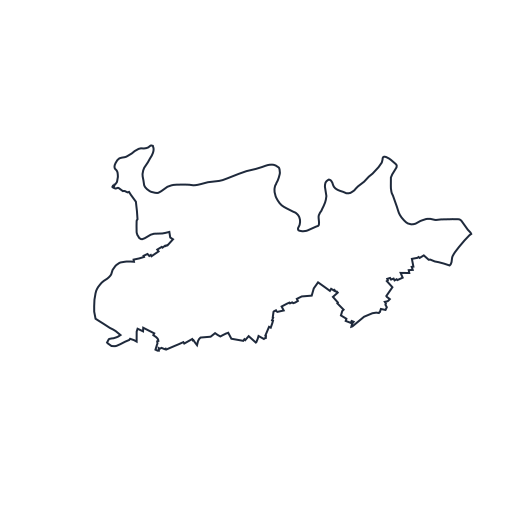 the district of Ung Hoa, Ha Noi, Vietnam, rotated 123°
{"feature_id": "81297802B95308085705563", "entity_name": "Ung Hoa", "entity_type": "district", "adm_level": 2, "iso_a3": "VNM", "parent_name": "Vietnam", "parent_adm1": "Ha Noi", "projection": "robinson", "projection_center": [105.789, 20.711], "detail": "fine", "context": "isolated", "style": "outline", "palette": "slate", "viewbox_px": 512, "rotation_deg": 123, "n_neighbors": 0, "source": "geoboundaries", "source_scale": "gbopen_adm2", "svg_char_len": 6148}
<svg xmlns="http://www.w3.org/2000/svg" viewBox="0 0 512 512"><g transform="rotate(123 256 256)"><path d="M120.3,87.5L119.8,88.3L119.4,89.3L118.6,92.7L114.6,102.9L114.4,104.3L114.5,105.0L114.7,105.9L118.1,111.3L119.5,113.3L124.5,120.7L127.8,124.7L128.3,125.7L129.9,130.0L131.5,132.5L132.5,133.6L135.5,136.0L137.1,137.2L142.0,139.8L143.6,141.3L144.8,142.9L145.2,143.9L146.0,146.4L146.0,148.5L145.5,151.2L144.9,153.3L144.4,155.0L143.2,157.7L142.0,159.7L140.5,161.6L138.1,164.5L130.8,174.0L129.4,176.3L128.3,177.5L125.8,179.7L123.6,181.2L116.7,185.6L113.4,186.2L105.6,186.4L104.9,186.5L103.6,187.2L103.3,187.5L102.9,188.4L102.7,189.3L101.9,195.3L101.8,197.5L102.1,200.6L102.5,201.8L102.9,202.6L103.5,203.0L104.1,203.2L105.1,203.0L106.2,202.4L108.2,201.7L109.2,201.4L114.8,201.6L123.4,203.1L128.0,204.6L134.8,205.8L142.1,208.4L145.0,209.0L147.4,209.3L149.4,210.1L151.7,211.2L153.2,212.8L154.2,214.5L154.7,217.7L155.6,221.0L156.0,223.1L156.1,224.2L156.1,226.2L155.5,228.4L154.5,230.0L152.9,232.0L152.1,233.7L151.9,234.3L151.9,235.3L152.2,236.5L153.1,237.0L154.8,237.6L156.4,237.7L157.1,237.5L158.7,236.9L160.4,235.9L167.4,229.6L170.7,228.1L173.5,227.2L177.3,226.5L180.7,226.1L182.4,225.8L184.8,225.9L187.6,225.5L188.8,225.0L190.0,224.2L193.4,221.5L195.3,220.4L196.1,220.2L196.9,220.3L198.6,221.6L206.5,226.7L207.6,227.6L209.7,230.1L210.1,230.8L211.1,233.2L211.3,234.3L211.1,234.8L210.5,235.5L209.7,235.9L206.5,236.3L205.6,236.6L203.8,237.4L202.7,238.1L201.6,238.9L200.0,240.7L199.4,241.6L198.6,243.5L198.2,245.8L198.2,246.8L198.6,249.0L199.4,256.5L199.6,259.5L199.5,262.2L198.8,265.1L198.4,266.0L197.6,268.0L196.1,270.8L195.2,272.1L192.3,275.2L190.2,276.7L189.1,277.3L187.0,278.1L186.2,278.3L185.0,278.3L183.9,278.6L180.8,278.9L177.8,279.6L174.7,280.6L173.3,281.2L170.7,283.3L169.9,284.2L169.5,284.8L169.4,285.3L169.4,288.8L169.9,290.8L170.7,292.4L172.0,294.2L173.4,295.7L175.2,297.2L178.1,299.4L183.0,303.5L190.0,310.2L196.5,315.2L206.6,322.4L210.5,325.3L213.1,327.8L220.3,336.5L225.6,341.3L228.0,343.6L229.6,345.4L230.8,347.0L232.6,350.8L234.4,353.8L239.1,361.0L241.4,364.0L242.8,365.4L246.2,368.0L253.1,370.7L254.5,371.4L256.1,372.3L256.6,372.7L257.3,373.8L258.0,375.2L259.3,378.9L259.5,380.5L259.3,383.9L258.7,386.3L258.1,387.5L257.5,388.4L253.9,391.6L251.1,394.3L249.1,395.8L245.7,397.2L242.9,397.8L236.3,397.7L232.1,398.0L228.6,398.1L225.6,398.6L223.8,399.2L222.6,399.8L221.6,400.5L220.9,401.2L220.3,402.0L219.8,402.5L220.4,404.2L221.2,404.7L223.6,405.5L225.2,406.7L226.9,408.6L227.8,410.2L228.5,411.3L230.1,412.8L234.1,414.9L237.6,416.0L242.5,418.4L243.7,419.1L244.7,420.0L246.5,422.0L247.8,423.2L248.6,423.8L250.7,424.4L251.5,424.5L254.4,424.4L256.3,424.1L257.7,423.6L258.7,422.9L259.2,422.4L259.6,421.8L260.1,419.7L260.7,418.5L261.5,417.5L263.2,416.1L264.9,414.9L268.9,413.2L270.0,412.9L271.7,413.0L272.6,413.1L273.2,413.7L273.9,413.7L274.2,413.1L274.9,413.0L275.1,414.2L276.2,414.1L276.4,413.9L276.4,412.8L276.0,410.7L275.4,410.0L274.2,409.1L273.9,408.6L273.8,407.8L274.1,403.0L273.4,402.2L273.1,401.6L272.9,400.9L272.8,399.6L272.5,398.2L271.4,397.4L272.8,394.4L275.9,386.3L283.2,380.3L289.7,375.4L291.1,375.4L291.8,375.1L295.8,372.6L300.6,369.4L301.5,368.7L303.0,366.9L303.9,364.8L304.3,364.4L304.5,363.5L304.5,361.8L303.9,360.6L301.7,359.0L295.5,355.9L292.9,353.7L288.1,346.8L285.9,344.5L283.0,341.8L287.0,338.2L287.2,337.9L287.2,334.7L295.2,336.0L295.2,336.4L296.9,337.2L296.8,337.8L299.9,339.0L299.7,340.0L304.4,342.3L305.2,340.2L313.1,343.5L312.4,344.8L314.1,345.5L313.4,348.1L317.1,350.4L317.8,349.4L321.6,352.6L325.7,356.7L327.3,355.2L328.9,358.1L331.1,361.5L332.2,362.8L335.1,366.0L336.2,366.8L337.9,367.5L339.6,368.2L341.0,368.5L345.7,368.7L347.2,368.3L350.0,367.5L351.2,367.4L352.2,367.5L353.9,367.8L356.0,368.4L359.8,370.1L362.4,370.9L364.6,371.2L367.8,371.5L370.0,371.4L372.1,371.1L374.6,370.3L380.6,367.7L386.2,364.4L390.8,361.4L396.0,356.4L396.0,353.5L395.9,347.0L395.9,339.4L395.5,336.0L395.4,332.8L396.1,326.6L398.6,327.7L400.0,328.6L402.6,330.7L403.7,332.1L405.5,333.9L406.1,334.1L409.7,333.8L410.0,332.7L410.2,328.2L409.3,326.6L408.4,325.1L407.3,324.0L403.9,321.8L399.0,319.0L395.5,316.6L394.0,316.5L393.0,312.4L392.8,309.5L384.4,314.9L381.5,315.7L380.7,309.7L377.6,311.5L376.3,299.2L378.3,299.0L378.4,295.6L378.8,293.8L379.3,292.7L380.4,291.6L381.4,292.4L383.0,291.0L384.4,290.7L389.3,289.3L389.0,287.0L388.3,285.9L386.2,287.4L386.1,286.1L384.5,285.2L383.9,281.9L382.9,281.3L383.4,280.4L375.5,275.1L372.3,272.9L367.8,270.0L368.5,268.5L360.4,264.3L361.2,263.0L360.6,262.7L361.6,260.5L362.9,256.9L358.9,258.3L356.6,258.5L354.6,258.1L348.4,250.1L343.0,248.3L343.1,245.2L342.9,242.1L340.2,240.6L337.0,238.7L336.7,238.3L335.5,237.5L338.8,231.6L334.1,220.5L332.1,220.4L332.4,219.2L327.2,218.5L328.7,209.0L328.1,208.8L324.4,209.5L321.7,210.3L321.3,204.2L320.4,204.0L319.5,203.1L317.6,204.1L317.7,204.8L308.3,206.5L308.1,204.6L303.6,205.7L301.0,206.5L301.2,207.5L298.4,208.0L298.4,208.5L293.3,210.9L292.6,210.8L290.7,209.7L291.2,209.0L291.2,207.6L286.6,203.1L284.4,207.0L279.2,204.1L276.9,202.6L277.2,201.7L275.2,200.4L275.3,199.1L273.7,197.8L270.9,196.4L269.7,198.4L265.0,195.6L258.9,187.7L251.7,189.9L244.3,189.6L244.7,180.4L245.0,175.0L242.6,175.1L242.5,171.8L241.8,171.8L241.9,171.2L242.5,171.0L242.3,169.6L241.8,168.9L242.2,167.5L248.4,169.2L250.4,162.0L251.4,162.0L253.3,153.3L255.2,153.7L259.6,152.4L259.4,146.0L261.6,145.4L260.5,140.2L258.4,140.4L258.0,138.3L260.1,138.5L262.3,137.9L263.4,137.5L262.5,136.8L248.1,132.3L240.6,127.2L238.0,124.3L236.9,121.9L235.8,121.9L235.5,121.6L232.4,122.4L230.7,118.0L227.7,118.4L226.4,120.9L225.2,121.1L224.3,123.0L222.5,121.2L221.5,120.7L219.3,120.3L219.0,124.0L218.6,124.9L207.9,124.6L205.8,132.6L204.6,132.2L203.7,133.5L201.4,131.6L202.2,129.9L200.0,128.3L201.0,126.5L198.9,125.4L199.2,124.3L194.3,121.2L191.4,125.5L186.8,118.2L184.7,120.2L182.3,117.0L180.3,119.5L179.2,118.2L173.5,123.7L169.6,119.6L168.3,119.1L168.5,117.7L164.1,115.6L165.1,109.1L164.1,107.9L163.2,103.1L161.7,99.4L160.0,94.2L158.5,88.5L157.1,88.2L156.3,88.3L154.6,88.7L150.6,90.6L149.3,91.0L146.6,91.2L144.4,91.2L138.1,90.7L129.3,89.6L122.3,88.3L120.3,87.5Z" fill="none" stroke="#1e293b" stroke-width="2"/></g></svg>